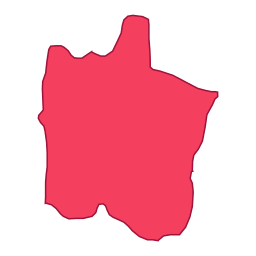 outline of Vinica
{"feature_id": "MKD-3003", "entity_name": "Vinica", "entity_type": "Statistical Region", "adm_level": 1, "iso_a3": "MKD", "parent_name": "North Macedonia", "parent_adm1": "", "projection": "albers", "projection_center": [22.558, 41.857], "detail": "fine", "context": "isolated", "style": "filled", "palette": "rose", "viewbox_px": 256, "rotation_deg": 0, "n_neighbors": 0, "source": "natural_earth", "source_scale": "10m", "svg_char_len": 1348}
<svg xmlns="http://www.w3.org/2000/svg" viewBox="0 0 256 256"><path d="M45.3,203.3L45.6,196.9L45.6,186.7L45.6,182.5L46.3,173.9L47.2,166.9L47.2,159.9L47.2,152.5L46.6,142.2L45.1,131.1L43.9,126.1L40.5,122.4L38.3,118.3L38.5,117.2L38.7,115.4L43.3,110.0L42.4,89.0L42.7,81.6L45.7,73.0L47.0,61.0L48.8,49.5L50.7,46.2L55.6,45.8L61.1,45.8L64.2,47.4L68.2,50.8L71.2,55.3L74.3,57.8L77.9,58.2L81.9,58.2L88.7,53.6L91.6,51.7L91.6,52.0L94.8,53.6L100.7,56.1L105.3,56.1L112.6,51.2L117.2,41.7L121.2,33.1L122.4,25.2L123.9,19.9L127.9,16.2L132.8,15.4L142.6,16.6L148.4,19.4L148.9,25.0L148.9,38.6L149.8,50.1L150.2,59.6L150.2,67.0L152.9,69.5L160.0,71.1L172.8,75.3L185.1,81.8L197.7,88.4L205.6,90.5L211.5,91.7L215.4,91.7L217.6,92.1L217.7,96.6L214.9,99.1L212.4,104.8L206.9,114.7L205.1,127.1L202.4,141.1L198.4,149.0L193.8,155.1L192.6,161.3L192.3,170.0L192.8,171.2L191.4,171.6L190.2,178.6L192.3,183.2L193.2,192.2L192.3,206.6L189.9,216.9L185.6,227.2L179.5,234.7L170.5,234.7L163.5,235.9L158.2,240.4L158.2,240.6L157.6,240.6L152.7,239.8L147.5,239.8L139.4,236.5L132.4,230.8L128.4,226.2L123.8,222.1L118.6,219.7L113.0,217.2L109.4,214.7L107.2,210.2L105.7,206.0L103.5,204.0L101.4,204.0L98.9,204.4L97.1,208.1L95.8,212.6L92.1,216.3L83.2,218.4L76.2,218.4L68.8,218.8L63.3,216.3L60.5,213.8L56.2,208.5L51.6,204.8L45.8,203.1L45.3,203.3Z" fill="#f43f5e" stroke="#9f1239" stroke-width="1.5"/></svg>